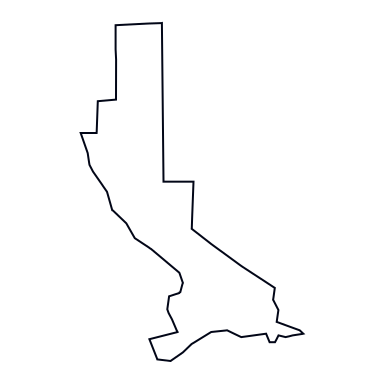 Sakarcage, Mary, Turkmenistan (Robinson projection)
{"feature_id": "10190150B2260035962137", "entity_name": "Sakarcage", "entity_type": "district", "adm_level": 2, "iso_a3": "TKM", "parent_name": "Turkmenistan", "parent_adm1": "Mary", "projection": "robinson", "projection_center": [61.097, 38.361], "detail": "fine", "context": "isolated", "style": "outline", "palette": "ink", "viewbox_px": 384, "rotation_deg": 0, "n_neighbors": 0, "source": "geoboundaries", "source_scale": "gbopen_adm2", "svg_char_len": 1332}
<svg xmlns="http://www.w3.org/2000/svg" viewBox="0 0 384 384"><path d="M161.9,23.0L161.4,23.1L149.2,23.5L148.9,23.5L115.6,25.2L115.6,43.3L115.6,49.4L116.1,59.6L116.0,99.6L97.8,101.2L96.7,131.5L96.6,133.0L81.3,133.0L80.7,133.0L87.7,153.1L89.2,163.2L89.5,164.9L93.0,171.6L102.2,184.8L103.1,186.2L107.0,191.8L107.9,194.9L112.2,210.1L112.4,210.1L112.8,210.4L126.3,223.3L134.8,238.2L149.2,247.7L149.6,248.1L151.1,249.0L179.3,272.7L179.6,273.4L182.8,282.7L182.9,282.9L182.4,284.2L180.3,292.1L179.5,292.4L179.3,293.0L169.1,296.3L167.3,309.3L168.6,313.0L172.0,319.4L176.7,330.4L177.6,332.0L177.4,332.1L149.4,339.2L157.2,359.0L157.3,359.4L170.5,361.0L182.9,352.4L191.6,344.0L191.8,343.9L194.0,342.6L200.8,338.4L211.2,332.0L225.6,330.5L227.1,330.3L234.5,333.9L240.8,336.9L241.3,337.1L257.4,334.9L266.1,333.7L269.6,342.2L275.0,342.2L276.6,339.2L278.5,335.4L285.6,337.1L289.2,336.3L292.6,335.4L302.5,333.9L303.3,333.7L302.2,332.7L301.3,331.8L299.7,330.3L294.7,328.5L285.4,325.1L276.7,321.9L277.7,314.9L278.2,311.5L278.4,310.0L273.3,300.1L273.1,299.8L273.4,298.0L274.8,287.9L274.0,287.4L260.6,278.6L260.1,278.3L253.2,273.8L242.8,267.0L241.2,265.9L239.8,264.9L211.2,244.0L194.4,230.9L191.7,228.8L191.8,228.0L192.2,216.1L193.5,181.7L193.3,181.7L190.3,181.7L163.5,181.7L163.5,181.1L161.9,23.0Z" fill="none" stroke="#020617" stroke-width="2"/></svg>